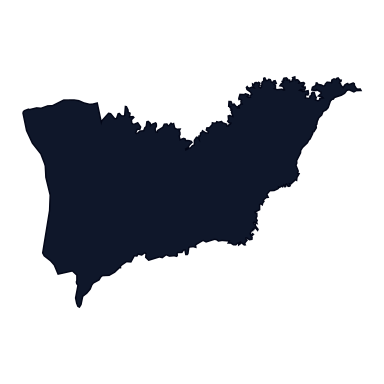 Pedro Gomes, Mato Grosso do Sul, Brazil
{"feature_id": "56859067B1353449899001", "entity_name": "Pedro Gomes", "entity_type": "district", "adm_level": 2, "iso_a3": "BRA", "parent_name": "Brazil", "parent_adm1": "Mato Grosso do Sul", "projection": "orthographic", "projection_center": [-54.213, -17.957], "detail": "fine", "context": "isolated", "style": "filled", "palette": "ink", "viewbox_px": 384, "rotation_deg": 0, "n_neighbors": 0, "source": "geoboundaries", "source_scale": "gbopen_adm2", "svg_char_len": 5925}
<svg xmlns="http://www.w3.org/2000/svg" viewBox="0 0 384 384"><path d="M296.9,177.5L299.1,173.7L297.5,173.1L298.2,171.1L295.9,165.2L296.8,163.2L296.6,160.6L300.5,152.9L300.7,150.4L302.5,147.5L307.4,142.8L308.7,140.1L310.0,139.1L312.7,133.5L312.6,132.3L313.9,131.7L316.3,127.8L316.0,125.0L316.8,124.3L317.2,121.5L318.8,117.7L321.7,115.0L323.0,111.5L326.1,109.9L328.1,107.7L330.4,101.0L332.1,99.3L333.4,99.1L334.4,97.5L341.4,95.2L344.6,93.3L346.8,90.4L349.1,89.8L353.9,91.9L356.2,90.6L361.0,90.5L360.2,89.0L357.5,89.2L356.2,88.3L354.4,85.4L354.3,83.7L353.2,83.0L349.6,84.4L348.3,84.5L347.7,83.5L346.5,83.9L344.9,84.9L343.1,87.6L341.0,85.4L340.6,83.9L339.5,83.2L339.6,82.0L340.9,81.5L341.2,80.2L339.8,80.1L338.1,77.9L336.7,78.4L336.4,79.4L333.9,78.9L331.9,80.0L331.6,82.6L327.1,82.2L325.3,84.1L324.8,85.6L323.4,86.1L321.4,85.0L317.8,84.3L317.3,83.1L316.3,82.9L315.7,85.6L312.5,87.2L311.8,90.0L316.0,90.6L316.5,89.6L321.1,92.3L321.2,93.5L318.4,96.0L321.8,96.8L323.0,97.9L319.8,98.5L319.8,99.7L318.0,100.9L315.5,99.9L316.3,97.4L315.4,96.6L314.2,92.4L312.7,92.3L311.6,93.2L311.4,95.5L309.9,96.2L309.9,97.8L308.9,98.4L305.4,98.0L305.7,94.5L307.9,95.0L308.5,93.7L308.1,90.7L302.7,91.7L302.0,90.9L299.5,90.3L300.4,89.5L304.1,90.1L304.8,89.2L305.3,88.1L305.0,86.9L303.3,87.3L302.1,86.2L303.3,85.8L304.5,83.3L303.6,82.5L298.8,83.1L299.5,81.8L297.8,79.9L296.7,79.7L295.9,80.5L295.0,79.5L294.8,76.9L292.6,77.6L293.2,78.6L292.3,79.9L292.5,81.0L289.9,81.8L289.6,80.1L287.1,80.0L287.6,79.1L286.5,77.9L284.0,78.2L283.3,79.4L284.1,80.2L282.2,81.3L283.3,82.4L281.2,83.8L279.9,85.8L282.9,86.3L284.5,89.9L283.6,90.1L281.9,89.2L277.0,89.7L274.4,88.7L275.4,88.1L275.5,85.7L274.2,84.5L276.3,83.4L275.1,80.7L273.7,81.0L272.5,82.6L271.3,82.1L270.3,79.7L268.8,79.3L267.7,80.5L266.2,80.6L264.8,77.9L263.7,78.3L263.8,80.9L262.3,82.0L261.8,83.2L262.2,84.5L260.9,85.8L261.6,86.9L260.6,88.1L258.8,86.7L259.9,83.2L258.6,82.3L257.4,83.2L256.3,82.5L255.0,82.7L254.2,84.7L252.6,83.9L252.7,85.7L254.1,87.8L251.6,87.2L249.6,88.2L247.9,87.6L247.2,86.6L246.4,87.5L247.0,89.5L250.6,92.1L251.8,94.4L249.9,95.7L250.4,97.3L247.9,97.3L247.1,96.5L248.1,96.1L248.4,94.7L245.4,93.8L244.3,94.6L240.0,94.4L238.8,98.4L239.0,99.5L240.0,99.2L241.6,100.3L240.9,101.9L242.1,104.0L240.8,104.0L240.2,105.1L238.7,105.7L239.1,106.9L236.3,106.7L234.0,104.0L233.4,105.0L232.3,104.7L231.0,101.6L229.0,101.5L228.7,106.3L230.6,106.8L230.0,107.5L231.6,109.3L230.7,110.0L231.9,111.3L231.5,112.6L232.7,115.2L232.8,116.6L229.7,115.5L228.2,116.0L228.6,120.0L227.7,121.2L228.9,122.6L230.9,123.1L230.3,124.3L229.1,124.5L228.4,125.9L226.9,125.9L226.6,124.2L222.5,122.8L221.6,121.5L218.5,122.2L216.7,121.7L216.3,122.9L214.2,123.2L212.4,122.8L212.2,124.6L209.4,127.8L206.9,127.9L206.3,130.0L208.6,131.8L208.0,133.1L205.7,132.9L202.5,130.8L202.0,132.2L200.6,133.0L200.3,135.8L198.9,136.1L199.3,139.8L197.6,137.4L196.5,137.2L194.4,140.3L194.3,144.9L192.2,145.9L190.3,148.2L187.9,147.8L189.4,144.9L192.0,142.4L191.2,141.3L188.9,140.6L185.5,140.5L185.1,138.9L183.7,138.4L180.0,139.8L179.2,136.0L180.0,134.5L179.9,132.4L179.2,130.9L180.1,129.1L176.9,129.3L174.7,128.1L173.6,123.6L172.3,124.2L171.0,123.2L168.9,125.7L167.7,125.5L166.9,124.0L164.3,124.2L162.9,127.3L157.8,130.4L157.4,132.3L156.0,132.0L155.2,129.8L155.1,128.6L156.4,126.2L156.3,123.8L155.6,122.9L152.3,124.2L150.5,125.7L150.2,123.2L148.2,121.4L146.9,121.8L146.2,126.6L144.8,127.8L143.7,130.8L139.8,131.1L138.1,132.9L136.6,133.5L135.6,132.6L137.3,129.3L139.9,129.2L140.6,127.0L137.7,122.8L134.4,124.2L132.9,124.2L131.7,122.9L131.4,119.8L133.8,117.4L133.0,116.6L129.5,116.9L130.0,113.2L128.2,112.3L128.0,109.9L126.4,106.7L125.4,106.5L124.7,115.3L123.5,116.1L121.3,115.8L119.4,113.5L118.2,113.7L116.5,118.6L114.7,118.7L110.6,113.7L108.6,113.3L101.8,120.9L101.3,122.5L97.2,103.0L92.5,104.2L89.4,104.3L83.8,102.9L78.8,100.7L74.1,100.0L63.7,100.1L52.5,105.7L47.7,105.9L41.1,108.3L36.6,107.9L29.7,109.6L28.4,109.2L24.7,110.6L23.5,111.5L23.0,113.1L26.6,130.6L32.4,143.1L40.9,153.9L44.6,163.6L45.3,166.0L45.9,177.4L50.2,195.1L49.6,210.6L42.7,252.9L44.2,255.8L50.6,260.8L54.3,265.0L58.1,274.1L72.4,270.9L76.9,275.1L76.9,280.4L76.4,281.9L76.7,283.6L78.0,285.3L75.6,298.0L76.7,303.3L77.9,306.3L79.4,307.1L81.0,304.5L82.7,296.3L86.8,293.1L90.2,289.0L91.8,284.9L93.3,283.0L99.0,279.9L100.7,277.0L102.4,275.6L109.1,275.3L114.6,272.2L119.3,267.7L120.5,267.7L120.5,266.0L121.5,265.1L126.5,261.6L130.9,261.9L134.3,255.7L136.9,256.0L138.1,254.0L141.7,255.0L144.8,252.7L146.1,253.8L145.7,257.3L148.7,260.2L159.4,256.9L162.3,257.6L166.1,254.7L169.4,256.1L174.2,255.7L176.7,256.3L177.3,255.3L177.0,253.5L177.8,252.5L181.9,252.4L183.5,250.0L184.9,249.8L185.8,254.5L187.2,254.5L187.9,253.6L188.8,247.5L189.6,247.0L193.3,246.6L195.8,247.3L195.5,244.8L202.4,240.7L203.5,240.5L206.1,241.9L214.5,239.3L216.5,239.6L218.4,241.0L222.0,240.4L229.4,241.0L228.2,243.0L231.0,243.1L233.3,244.7L235.8,244.8L237.6,243.1L238.7,243.1L238.7,244.9L240.4,243.7L239.6,242.4L240.5,241.9L244.2,244.9L245.2,244.8L244.7,243.7L245.2,242.4L247.0,240.2L245.9,239.3L246.0,238.0L247.0,238.0L249.5,239.7L251.9,239.3L252.1,237.5L251.3,236.6L253.4,234.3L252.4,233.7L251.9,234.7L250.7,235.0L250.2,233.4L251.4,230.8L252.7,230.6L252.6,229.2L253.8,229.5L254.3,227.9L255.7,228.1L257.6,230.3L258.0,229.3L255.4,225.9L255.4,224.3L254.0,223.9L253.4,222.9L254.1,222.0L256.9,223.3L256.4,222.0L257.2,220.5L255.9,218.2L256.9,216.4L256.8,213.3L255.6,213.2L254.9,212.1L259.6,209.7L259.6,204.6L260.8,203.7L262.3,204.8L262.8,202.7L263.9,201.5L263.3,200.0L266.0,197.6L268.2,197.3L266.8,194.3L269.8,190.7L274.1,190.5L277.8,188.8L278.5,188.1L278.5,186.8L279.7,187.3L281.7,186.1L282.7,186.8L283.8,184.9L285.0,186.8L285.8,186.2L285.7,184.5L286.6,183.9L288.1,186.3L289.2,186.3L290.2,185.7L289.4,183.7L290.8,184.0L295.5,179.7L296.6,180.3L296.9,177.5ZM187.9,147.8L187.8,149.1L185.8,149.9L185.6,148.8L187.9,147.8ZM239.1,106.9L239.3,108.1L238.0,108.0L239.1,106.9Z" fill="#0f172a" stroke="#020617" stroke-width="1.5"/></svg>